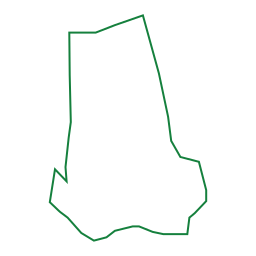 the district of Nowon-gu, Seoul, South Korea
{"feature_id": "91817680B6950995223857", "entity_name": "Nowon-gu", "entity_type": "district", "adm_level": 2, "iso_a3": "KOR", "parent_name": "South Korea", "parent_adm1": "Seoul", "projection": "equal_earth", "projection_center": [127.08, 37.646], "detail": "fine", "context": "isolated", "style": "outline", "palette": "green", "viewbox_px": 256, "rotation_deg": 0, "n_neighbors": 0, "source": "geoboundaries", "source_scale": "gbopen_adm2", "svg_char_len": 513}
<svg xmlns="http://www.w3.org/2000/svg" viewBox="0 0 256 256"><path d="M69.3,32.6L69.7,74.9L70.8,122.1L68.7,137.5L65.5,167.1L66.6,181.4L55.0,169.3L49.8,202.2L58.6,210.6L60.3,212.1L67.6,217.6L81.3,233.0L93.9,240.6L102.8,238.3L106.5,237.3L114.9,230.8L132.7,226.4L139.0,226.4L152.7,231.9L163.2,234.1L187.3,234.1L189.4,217.6L194.7,213.2L206.2,201.1L206.2,190.1L198.9,161.8L180.4,157.0L171.2,140.9L168.1,116.8L158.9,73.4L142.9,15.4L115.0,25.1L95.7,32.6L69.3,32.6Z" fill="none" stroke="#15803d" stroke-width="2"/></svg>